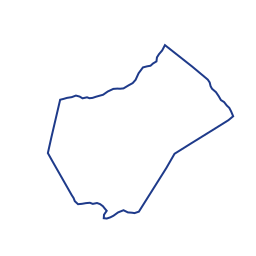 Frecheirinha, Ceará, Brazil (Equal Earth projection), rotated 223°
{"feature_id": "56859067B32169287325922", "entity_name": "Frecheirinha", "entity_type": "district", "adm_level": 2, "iso_a3": "BRA", "parent_name": "Brazil", "parent_adm1": "Ceará", "projection": "equal_earth", "projection_center": [-40.821, -3.711], "detail": "fine", "context": "isolated", "style": "outline", "palette": "blue", "viewbox_px": 256, "rotation_deg": 223, "n_neighbors": 0, "source": "geoboundaries", "source_scale": "gbopen_adm2", "svg_char_len": 1029}
<svg xmlns="http://www.w3.org/2000/svg" viewBox="0 0 256 256"><g transform="rotate(223 128 128)"><path d="M63.0,74.2L72.7,125.0L76.4,140.9L71.3,160.0L66.1,179.1L59.9,202.1L59.1,208.3L64.0,210.5L67.7,211.8L71.1,211.8L75.4,212.5L79.1,211.8L83.3,213.1L88.1,214.2L93.3,214.0L96.1,214.9L99.3,217.0L102.6,217.8L122.8,216.7L157.5,213.8L155.9,208.0L155.7,203.2L155.0,199.4L152.6,196.1L153.7,192.3L154.0,188.9L156.1,186.1L158.4,182.5L157.6,175.3L155.3,168.4L155.2,164.0L156.6,159.8L158.3,153.9L160.6,151.3L162.7,149.5L165.4,146.6L167.7,140.9L168.9,135.3L170.7,132.4L172.7,129.1L174.5,125.8L176.5,123.5L178.9,122.5L181.5,118.7L184.8,118.0L188.2,116.2L190.2,112.2L193.1,108.5L195.0,105.3L196.9,102.4L177.6,68.8L169.5,55.0L160.8,52.2L123.3,40.5L120.1,39.7L117.0,38.2L112.6,38.2L110.0,41.1L107.5,44.4L104.9,47.3L102.0,48.5L99.5,52.0L96.5,53.3L93.0,53.7L90.4,53.3L87.1,52.9L86.4,48.2L84.2,45.5L81.8,47.3L80.0,50.6L78.8,53.9L77.7,59.5L75.2,64.8L70.5,66.2L67.4,68.7L65.2,70.2L63.0,74.2Z" fill="none" stroke="#1e3a8a" stroke-width="2"/></g></svg>